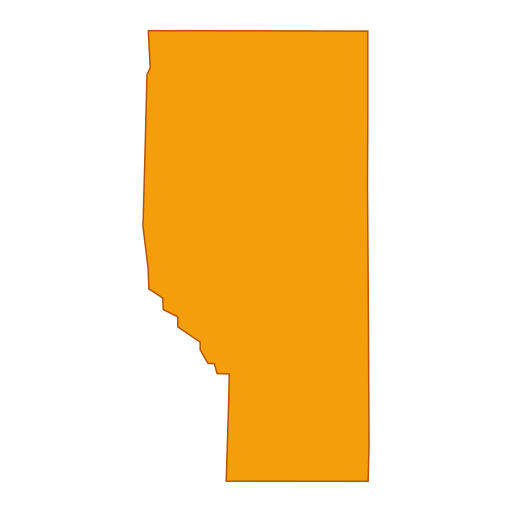 Crawford, Pennsylvania, United States of America (Robinson projection), rotated 90°
{"feature_id": "52423323B54680943068463", "entity_name": "Crawford", "entity_type": "district", "adm_level": 2, "iso_a3": "USA", "parent_name": "United States of America", "parent_adm1": "Pennsylvania", "projection": "robinson", "projection_center": [-80.159, 41.666], "detail": "fine", "context": "isolated", "style": "filled", "palette": "amber", "viewbox_px": 512, "rotation_deg": 90, "n_neighbors": 0, "source": "geoboundaries", "source_scale": "gbopen_adm2", "svg_char_len": 622}
<svg xmlns="http://www.w3.org/2000/svg" viewBox="0 0 512 512"><g transform="rotate(90 256 256)"><path d="M30.7,363.7L67.7,361.8L74.5,365.0L157.1,367.1L226.6,369.0L268.4,363.9L289.0,363.1L298.1,349.2L309.6,348.8L316.9,334.2L326.9,334.2L342.1,311.9L349.9,311.8L363.4,304.0L363.7,297.6L373.6,294.9L373.9,282.7L404.0,283.4L481.2,285.8L481.2,281.6L481.3,143.9L447.4,143.0L333.4,143.5L271.3,143.9L186.3,144.5L114.7,144.2L87.3,144.2L31.1,144.2L31.0,195.6L30.9,203.3L30.9,211.3L30.9,234.4L30.8,252.8L30.8,253.7L30.8,269.2L30.7,333.1L30.8,339.5L30.7,357.1L30.7,363.7Z" fill="#f59e0b" stroke="#b45309" stroke-width="1.5"/></g></svg>